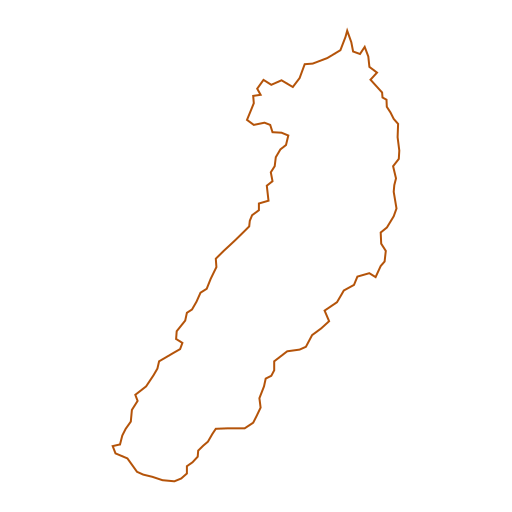 outline of Lefka, Cyprus
{"feature_id": "46923920B88309634492013", "entity_name": "Lefka", "entity_type": "district", "adm_level": 2, "iso_a3": "CYP", "parent_name": "Cyprus", "parent_adm1": "", "projection": "robinson", "projection_center": [32.83, 35.094], "detail": "fine", "context": "isolated", "style": "outline", "palette": "amber", "viewbox_px": 512, "rotation_deg": 0, "n_neighbors": 0, "source": "geoboundaries", "source_scale": "gbopen_adm2", "svg_char_len": 1781}
<svg xmlns="http://www.w3.org/2000/svg" viewBox="0 0 512 512"><path d="M263.5,79.9L257.2,88.7L260.6,94.8L253.2,95.9L253.8,103.2L250.9,110.4L247.0,119.9L253.8,124.9L264.5,122.7L270.2,124.9L272.5,132.2L281.5,132.7L288.3,135.5L286.0,145.0L280.4,149.4L275.8,157.2L274.7,166.2L270.8,172.3L272.5,181.2L266.8,185.7L268.5,200.7L258.9,203.5L258.9,210.2L252.1,215.2L249.8,220.8L249.2,226.4L243.6,232.0L235.1,240.3L223.7,250.9L215.8,258.7L216.4,267.1L210.7,278.8L206.7,288.8L200.5,292.7L196.5,301.7L192.0,309.5L186.9,312.8L185.2,320.6L176.7,331.2L176.1,339.0L182.4,342.9L180.1,349.1L173.3,353.0L159.1,361.3L157.4,368.6L153.5,375.3L146.1,386.4L135.3,394.8L137.6,400.9L131.9,409.9L130.8,421.6L125.7,428.8L122.3,435.5L120.0,444.5L118.8,444.7L112.7,446.1L115.5,453.4L127.4,458.4L133.0,466.2L137.0,471.8L143.2,474.6L152.3,476.8L162.5,480.2L174.4,481.3L181.2,478.5L186.9,473.5L186.9,466.2L192.5,462.3L197.7,456.7L198.2,450.6L203.3,445.6L207.9,441.7L212.4,433.9L215.8,428.8L228.3,428.3L244.7,428.3L253.2,422.7L256.6,416.0L260.6,407.6L259.4,398.2L264.0,386.4L265.7,378.6L271.3,375.8L274.2,370.3L274.2,361.3L287.2,351.3L299.6,349.6L305.9,346.8L312.1,335.1L321.2,328.4L329.1,321.2L324.6,310.6L337.0,302.2L341.7,294.2L343.8,290.5L354.0,284.9L357.4,276.6L369.3,273.2L375.6,277.1L380.7,266.0L384.6,261.5L385.8,250.9L381.2,243.7L380.7,232.5L386.9,227.5L393.7,216.3L396.5,208.5L393.7,191.8L394.3,185.1L396.0,178.4L393.1,166.2L398.8,158.9L399.3,150.6L397.6,137.2L398.1,123.9L393.7,118.9L390.5,112.5L386.8,106.8L386.5,99.7L382.5,97.5L382.1,92.5L370.5,79.7L377.0,72.6L369.4,66.9L368.3,56.5L364.7,46.9L360.0,54.0L353.1,51.5L351.3,42.2L347.2,30.7L345.5,36.9L340.4,50.2L327.4,58.0L312.7,63.6L304.7,64.2L299.6,78.1L292.8,87.0L281.5,80.3L271.3,84.8L263.5,79.9Z" fill="none" stroke="#b45309" stroke-width="2"/></svg>